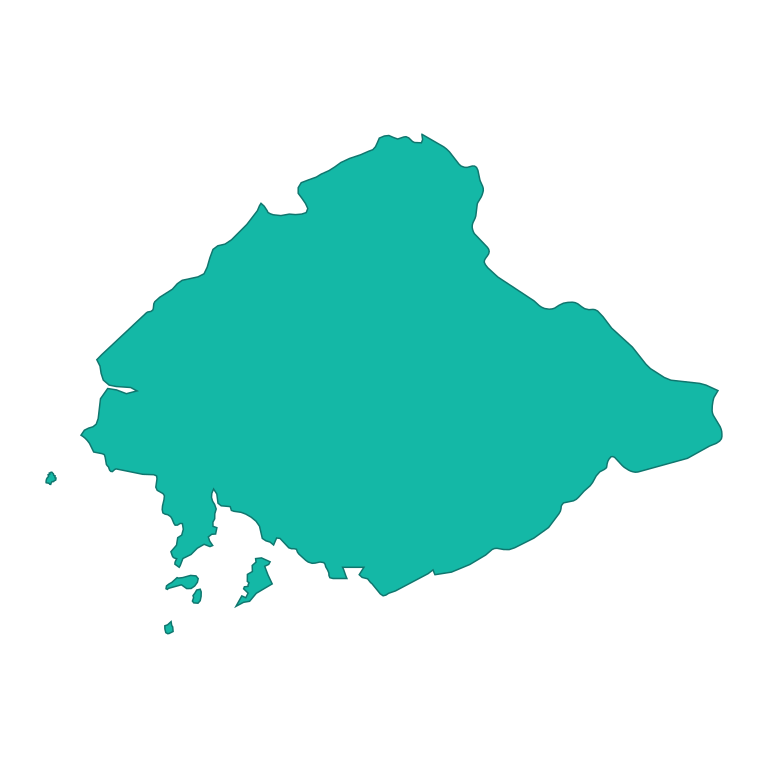 the Province of P'yŏngan-bukto
{"feature_id": "PRK-3312", "entity_name": "P'yŏngan-bukto", "entity_type": "Province", "adm_level": 1, "iso_a3": "PRK", "parent_name": "North Korea", "parent_adm1": "", "projection": "orthographic", "projection_center": [125.079, 40.04], "detail": "fine", "context": "isolated", "style": "filled", "palette": "teal", "viewbox_px": 768, "rotation_deg": 0, "n_neighbors": 0, "source": "natural_earth", "source_scale": "10m", "svg_char_len": 5398}
<svg xmlns="http://www.w3.org/2000/svg" viewBox="0 0 768 768"><path d="M421.4,142.8L422.6,139.7L421.9,134.6L422.0,134.3L443.8,146.9L446.4,148.9L449.4,151.8L459.1,164.3L461.2,166.1L464.5,167.3L467.2,167.4L472.3,166.0L474.6,166.1L476.5,167.4L477.9,170.3L479.8,179.5L480.2,180.9L482.6,186.2L483.2,188.2L483.3,190.6L482.8,192.7L482.1,194.9L481.2,197.0L477.7,202.8L477.3,203.9L477.2,204.4L475.8,215.9L475.1,218.2L472.9,222.8L472.3,225.0L472.2,227.4L472.6,229.5L473.3,231.6L474.3,233.6L487.4,247.3L488.7,249.3L489.2,251.5L488.7,253.7L487.4,255.8L485.9,257.8L484.6,259.9L484.2,262.1L485.4,264.7L487.7,267.7L497.8,277.0L534.2,301.0L539.2,305.6L541.6,307.2L544.6,308.5L549.2,309.2L552.2,308.9L554.7,308.1L559.0,305.3L563.4,303.2L567.8,302.4L572.4,302.2L575.0,302.6L577.8,303.8L581.6,306.7L584.7,308.7L588.9,309.7L593.0,309.4L595.0,309.7L597.6,311.0L603.1,316.8L611.6,328.1L632.4,347.1L645.9,364.2L650.4,368.6L664.3,377.5L670.9,380.2L699.8,383.4L706.0,385.1L718.0,390.6L713.8,397.7L713.7,398.2L713.0,401.0L712.3,405.7L712.1,410.7L712.5,413.1L713.3,415.3L720.1,426.6L721.1,429.1L721.7,431.5L721.9,434.0L721.9,436.5L721.4,438.8L719.6,441.1L716.5,443.2L709.4,446.1L687.5,458.3L637.9,472.0L635.3,472.2L633.0,471.8L630.7,471.1L628.6,470.1L624.2,467.3L622.3,465.6L614.7,457.4L613.0,456.6L611.1,456.7L609.0,459.1L607.8,461.4L607.1,463.9L606.8,466.1L606.5,467.6L605.7,468.4L604.0,469.6L599.8,471.8L596.2,475.9L592.6,482.5L590.1,485.8L584.1,491.1L578.5,497.3L576.3,499.3L573.5,500.8L563.5,502.9L561.8,505.0L561.2,506.4L561.1,507.7L561.0,508.7L560.4,511.1L558.9,513.8L548.6,527.5L533.9,538.1L514.6,547.8L509.2,549.6L503.6,549.5L497.0,548.3L494.5,548.5L492.1,549.5L485.7,555.0L469.8,564.5L451.5,572.1L435.0,574.7L435.1,575.2L433.0,569.9L428.2,573.6L395.5,590.9L388.6,593.3L385.9,595.1L383.1,595.8L380.3,593.9L371.9,583.6L370.6,582.6L367.6,578.8L362.1,577.4L359.2,574.7L363.9,567.3L342.6,567.3L343.7,569.8L345.9,576.1L346.9,578.5L333.0,578.5L329.9,577.7L329.0,575.6L328.8,572.9L327.6,570.1L325.7,566.8L325.1,564.3L323.8,562.6L320.0,562.0L315.1,563.1L312.1,563.3L308.1,562.0L305.7,560.3L298.8,554.0L297.4,552.0L296.5,549.3L294.2,548.7L291.4,548.7L288.8,547.8L280.0,538.4L276.6,538.0L273.6,545.0L270.1,542.1L265.9,540.8L262.3,538.4L259.5,526.2L256.0,521.2L251.2,517.2L245.8,514.1L241.0,512.3L234.0,511.3L231.4,510.4L230.2,506.6L221.2,505.8L218.0,503.2L216.8,494.0L213.6,489.0L211.8,493.3L211.5,497.4L212.6,501.2L214.6,504.4L216.2,509.0L214.8,513.7L214.7,518.8L212.9,522.2L213.0,526.3L216.9,527.7L215.6,534.0L211.7,534.3L208.3,536.9L209.7,541.1L212.7,545.5L210.0,546.6L204.1,544.3L197.3,548.2L191.0,554.5L182.9,558.5L180.2,565.6L179.2,567.3L174.9,564.2L175.0,562.5L175.4,561.3L176.7,558.7L174.3,558.0L173.3,557.4L172.4,556.1L170.9,551.7L176.5,545.2L177.7,537.7L181.7,535.1L183.3,529.3L182.4,523.6L180.2,523.4L177.5,525.1L175.1,525.2L173.9,523.4L171.9,518.6L170.6,516.6L167.8,514.7L165.0,514.1L162.9,512.9L162.2,509.6L162.5,506.0L164.0,499.6L164.4,495.7L163.0,493.6L157.2,490.3L155.8,487.2L157.0,478.8L156.6,475.9L153.8,474.7L142.8,474.3L116.1,468.9L114.7,469.5L113.5,470.6L112.4,471.6L110.8,471.4L109.6,470.1L108.4,466.8L107.6,466.1L106.4,464.5L105.1,457.0L104.3,454.6L102.2,453.7L93.7,452.0L89.5,443.4L87.3,440.5L85.1,438.2L83.0,436.5L81.0,435.2L84.4,430.2L88.6,428.1L92.9,426.8L96.2,424.2L98.2,418.5L100.5,398.7L107.7,388.5L116.5,389.9L126.4,393.7L137.0,390.9L130.7,387.5L116.2,386.5L109.1,385.1L103.3,380.1L101.1,373.3L100.0,366.1L96.8,359.7L101.7,354.7L146.4,312.8L147.7,312.0L151.0,311.4L152.8,310.0L153.3,308.5L153.8,303.8L154.8,301.7L159.8,297.2L172.4,289.2L177.4,283.6L182.2,280.3L197.9,276.9L204.0,273.8L207.2,267.2L209.9,257.8L213.0,249.4L217.8,245.8L225.0,244.1L231.5,239.8L246.8,224.5L257.4,210.7L259.5,205.7L261.0,203.3L264.2,206.2L267.1,210.6L268.0,212.5L270.4,213.8L273.3,214.8L280.9,215.6L289.3,214.1L295.5,214.6L301.6,214.1L306.2,212.6L307.8,208.5L305.5,203.5L302.0,198.4L298.2,193.3L298.2,187.7L301.2,182.7L309.0,179.7L316.3,177.1L321.2,174.1L329.0,170.6L334.7,167.0L340.9,162.5L349.7,158.4L360.5,154.8L368.5,151.3L372.8,149.7L375.5,146.7L377.4,142.6L379.3,138.1L384.3,136.0L388.9,135.5L393.5,137.5L397.7,139.0L403.7,137.0L406.0,136.7L408.8,137.9L412.5,141.5L414.5,142.5L421.4,142.8ZM270.1,561.8L268.7,564.4L264.7,566.3L268.0,575.0L272.2,583.9L265.4,587.9L256.3,593.3L249.6,601.3L243.6,602.3L236.0,606.3L241.8,595.9L245.8,597.7L248.1,593.1L243.6,588.8L244.4,586.8L248.0,586.4L248.1,584.8L249.0,582.8L247.3,581.4L247.4,574.4L252.4,571.5L252.2,565.5L256.0,562.1L255.6,558.6L261.5,557.9L270.1,561.8ZM194.7,586.0L191.1,588.5L186.7,588.6L181.4,584.8L168.4,588.4L167.4,589.4L166.0,588.7L166.5,585.9L168.8,584.1L171.8,582.4L177.1,577.6L178.4,578.1L182.7,577.6L190.6,575.4L196.0,575.9L198.2,578.6L197.4,582.3L194.7,586.0ZM194.8,593.2L196.7,590.0L200.2,589.2L201.2,591.9L201.1,596.4L200.2,600.7L198.0,603.2L193.8,602.9L192.4,601.1L193.6,597.7L193.0,595.6L194.8,593.2ZM47.2,477.9L48.6,476.4L48.1,474.8L48.9,474.7L49.8,474.1L49.2,473.2L50.0,472.8L51.1,472.2L52.0,472.3L52.6,473.1L53.4,473.8L53.8,475.4L55.1,475.8L55.0,476.9L55.0,477.8L56.0,478.0L55.9,479.1L55.6,480.2L54.4,480.6L53.6,481.6L52.1,481.6L51.1,483.1L50.7,484.4L49.8,484.3L49.2,483.4L47.6,483.0L46.2,482.8L46.1,482.7L46.1,481.1L46.5,479.2L47.2,477.9ZM165.8,632.6L164.9,629.0L164.8,625.8L167.6,624.8L171.1,621.6L171.6,624.9L171.8,625.6L172.7,626.9L173.1,631.5L169.1,633.5L167.7,633.7L165.8,632.6Z" fill="#14b8a6" stroke="#0f766e" stroke-width="1.5"/></svg>